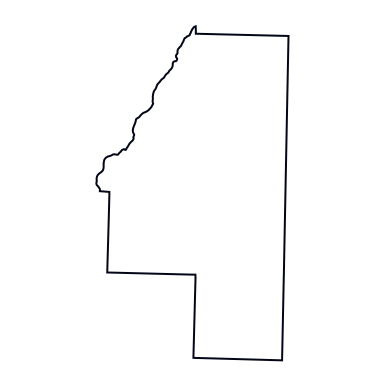 Martires, Chubut, Argentina (Natural Earth projection), rotated 182°
{"feature_id": "61730980B5870054171142", "entity_name": "Martires", "entity_type": "district", "adm_level": 2, "iso_a3": "ARG", "parent_name": "Argentina", "parent_adm1": "Chubut", "projection": "natural_earth1", "projection_center": [-66.778, -43.8], "detail": "fine", "context": "isolated", "style": "outline", "palette": "ink", "viewbox_px": 384, "rotation_deg": 182, "n_neighbors": 0, "source": "geoboundaries", "source_scale": "gbopen_adm2", "svg_char_len": 3494}
<svg xmlns="http://www.w3.org/2000/svg" viewBox="0 0 384 384"><g transform="rotate(182 192 192)"><path d="M184.8,26.3L182.4,26.3L96.1,26.9L97.3,109.2L97.3,111.5L99.1,227.1L101.0,351.3L184.3,350.4L193.7,350.3L193.8,353.8L194.1,357.7L194.9,357.4L195.6,357.0L196.2,356.5L196.9,355.3L197.4,354.7L197.8,354.0L198.0,353.3L198.3,352.6L198.7,352.0L198.7,351.2L199.1,350.6L199.5,349.9L199.7,349.0L200.2,348.4L201.4,347.7L202.2,347.4L202.8,346.9L203.3,346.3L203.9,345.8L204.5,345.6L205.1,344.7L205.3,343.9L205.6,343.2L205.9,342.3L206.2,341.6L206.6,341.0L206.9,340.3L207.2,339.6L207.6,338.9L207.8,338.2L208.2,337.5L208.7,336.9L209.3,336.4L210.1,335.3L210.7,334.7L211.1,333.8L211.3,333.1L211.4,331.8L211.4,331.0L211.3,330.3L211.7,329.4L212.3,328.8L212.6,328.2L212.8,327.4L212.5,326.1L212.0,325.5L211.5,324.9L211.5,324.1L211.7,323.4L212.1,322.7L212.7,322.2L213.5,322.1L214.3,321.9L215.0,321.4L215.4,320.8L215.7,320.0L215.7,319.3L215.7,318.5L215.7,317.6L215.9,316.8L216.1,316.1L216.4,315.4L216.8,314.7L217.7,313.6L218.2,313.1L218.8,312.5L219.2,311.8L219.5,311.1L219.9,310.5L220.5,309.9L221.2,309.4L221.8,308.9L222.2,308.3L222.7,307.7L223.1,307.0L223.5,306.3L223.8,305.6L224.2,305.0L224.9,304.5L225.6,304.1L226.1,303.5L226.7,302.9L227.2,302.3L227.6,301.7L228.0,301.0L228.6,300.4L229.1,299.8L229.6,299.2L230.1,298.6L230.5,297.9L230.8,297.2L231.0,296.5L231.2,295.8L231.5,295.0L231.8,294.3L232.1,293.6L232.5,292.9L233.0,292.3L233.4,291.7L233.7,290.9L233.9,290.2L234.1,289.5L234.2,288.7L234.3,288.0L234.4,287.2L234.5,286.5L234.5,285.7L234.4,284.9L234.4,284.2L234.4,283.4L234.4,282.7L234.5,281.9L234.5,281.1L234.4,280.4L234.2,279.6L233.9,278.9L234.1,278.3L234.6,277.6L234.9,276.9L235.2,276.2L235.6,275.5L236.0,274.9L236.5,274.3L237.1,273.7L237.6,273.1L238.1,272.5L238.7,272.0L239.3,271.4L240.0,271.0L240.7,270.6L241.4,270.2L242.1,269.9L242.9,269.6L243.6,269.2L244.2,268.7L244.8,268.1L245.4,267.6L245.9,267.0L246.4,266.4L246.9,265.7L247.4,265.1L247.9,264.6L248.6,264.2L249.4,263.7L250.0,263.3L250.4,262.7L250.6,262.0L250.7,261.2L250.8,260.5L251.0,259.7L251.2,259.0L251.5,258.3L251.7,257.5L252.0,256.8L252.2,256.1L252.5,255.4L252.7,254.7L253.0,253.9L253.1,253.2L253.2,252.4L253.3,251.7L253.3,250.9L253.1,250.1L252.9,249.4L252.5,248.7L252.2,248.0L251.8,247.3L251.8,246.6L252.1,245.9L252.4,245.2L252.5,244.4L252.2,243.7L252.3,243.0L252.7,242.3L253.0,241.6L253.5,241.0L254.1,240.4L254.7,239.9L255.2,239.3L255.7,238.7L256.2,238.1L256.5,237.4L256.9,236.7L257.3,236.0L257.6,235.3L258.1,234.7L258.5,234.0L258.9,233.4L259.1,232.8L259.3,232.2L259.8,231.8L260.5,231.9L260.9,232.3L261.6,232.4L262.4,232.0L263.2,231.7L264.1,230.7L264.6,229.8L265.2,229.3L266.2,228.3L266.6,227.7L267.0,227.0L267.9,226.6L268.5,226.7L269.4,226.8L270.8,227.0L271.6,226.9L272.4,226.7L273.8,225.8L274.5,225.4L275.5,225.1L276.3,224.8L277.1,224.6L277.8,224.2L278.5,223.8L279.2,223.3L279.7,222.7L280.2,222.1L280.8,220.9L281.0,220.1L281.1,219.4L281.2,218.4L281.3,217.1L281.3,216.1L281.2,215.4L281.2,214.6L281.2,213.3L281.3,212.3L281.5,211.6L281.7,210.8L282.1,210.2L283.0,209.1L283.6,208.6L284.2,208.1L284.9,207.6L285.5,207.1L286.2,206.4L286.7,205.8L287.3,204.6L287.6,203.7L287.7,202.9L287.8,202.1L287.7,200.8L287.6,200.0L287.5,199.3L287.8,198.6L287.9,197.7L287.8,196.9L287.6,196.1L287.3,195.5L286.6,194.9L285.7,193.9L285.2,193.3L284.8,192.6L284.3,192.0L284.1,191.1L284.1,190.3L284.1,189.6L274.6,189.2L274.5,186.6L274.4,178.7L274.3,166.9L273.9,108.6L191.8,109.4L185.7,109.5L185.5,106.7L184.8,26.3Z" fill="none" stroke="#020617" stroke-width="2"/></g></svg>